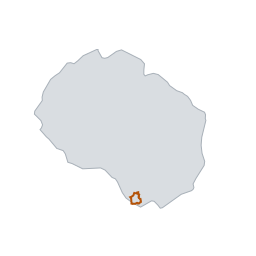 Bogdantsi, Bogdanci, North Macedonia (highlighted), rotated 51°
{"feature_id": "65306769B60147523647729", "entity_name": "Bogdantsi", "entity_type": "district", "adm_level": 2, "iso_a3": "MKD", "parent_name": "North Macedonia", "parent_adm1": "Bogdanci", "projection": "albers", "projection_center": [22.598, 41.193], "detail": "fine", "context": "in_parent", "style": "outline", "palette": "amber", "viewbox_px": 256, "rotation_deg": 51, "n_neighbors": 0, "source": "geoboundaries", "source_scale": "gbopen_adm2", "svg_char_len": 1734}
<svg xmlns="http://www.w3.org/2000/svg" viewBox="0 0 256 256"><g transform="rotate(51 128 128)"><path d="M117.4,68.5L121.2,69.0L129.6,66.7L134.8,63.5L137.4,63.0L140.9,61.8L145.9,62.0L151.1,63.5L157.6,61.6L163.9,58.6L166.5,59.4L169.3,62.0L171.1,62.7L181.6,76.5L187.5,82.1L194.3,86.4L202.2,89.4L205.0,92.4L210.0,107.1L212.4,112.6L215.8,114.3L216.6,115.9L216.7,118.0L213.0,128.4L211.6,151.5L210.6,153.4L206.7,153.3L201.4,153.8L199.4,155.6L197.4,168.0L188.9,171.6L181.2,173.6L174.7,173.1L163.3,170.1L159.6,169.8L156.4,171.5L146.3,172.3L141.8,174.4L131.2,188.9L120.5,193.8L116.8,196.3L108.7,193.0L104.8,192.6L99.1,196.2L86.8,196.4L83.4,197.0L73.9,197.4L73.5,195.4L71.8,192.4L67.4,191.0L58.3,192.0L56.2,189.8L52.7,177.3L49.9,175.3L46.7,171.1L41.5,157.5L41.5,151.6L42.0,146.5L39.3,134.4L41.2,131.4L44.1,129.5L44.2,124.7L43.6,117.3L47.3,102.9L48.2,101.9L49.0,102.6L57.0,104.0L59.2,102.2L60.5,99.4L61.2,88.8L63.2,83.9L82.8,75.0L88.5,74.8L92.8,79.1L96.2,81.9L98.3,81.9L99.1,79.1L101.5,73.9L105.5,70.9L117.3,68.5L117.4,68.5Z" fill="#d9dde1" stroke="#a8b0b8" stroke-width="1"/><path d="M186.9,161.4L186.3,161.6L185.7,161.1L184.5,160.8L184.3,160.6L183.8,161.6L184.0,162.1L184.4,162.4L183.6,162.9L183.0,163.7L182.4,164.0L182.6,164.5L183.5,165.7L183.8,167.0L183.6,167.9L183.7,168.5L183.2,169.8L184.6,169.8L187.6,171.9L188.9,172.5L189.0,172.8L189.5,172.5L189.9,172.2L190.4,171.4L190.5,171.1L191.2,170.4L191.5,169.8L191.6,169.7L191.6,169.2L191.7,168.6L191.8,168.1L192.0,167.9L192.8,167.5L193.1,167.4L193.2,167.5L193.6,166.8L193.4,166.1L193.6,165.0L193.6,164.7L193.2,164.6L193.1,164.1L191.2,163.1L191.1,163.4L189.5,163.4L189.3,163.6L188.7,163.5L187.8,162.7L187.9,162.4L187.1,161.9L186.9,161.4Z" fill="none" stroke="#b45309" stroke-width="2"/></g></svg>